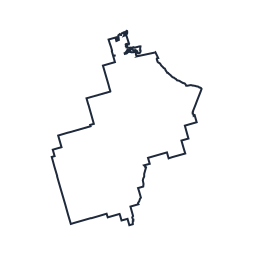 Benito Juárez, Sonora, Mexico (Natural Earth projection), rotated 164°
{"feature_id": "50627088B53965479624602", "entity_name": "Benito Juárez", "entity_type": "district", "adm_level": 2, "iso_a3": "MEX", "parent_name": "Mexico", "parent_adm1": "Sonora", "projection": "natural_earth1", "projection_center": [-109.898, 27.098], "detail": "fine", "context": "isolated", "style": "outline", "palette": "slate", "viewbox_px": 256, "rotation_deg": 164, "n_neighbors": 0, "source": "geoboundaries", "source_scale": "gbopen_adm2", "svg_char_len": 5271}
<svg xmlns="http://www.w3.org/2000/svg" viewBox="0 0 256 256"><g transform="rotate(164 128 128)"><path d="M153.5,34.2L149.9,34.2L149.1,37.2L148.5,37.2L148.2,38.1L148.4,38.1L148.6,40.8L148.2,41.3L147.7,41.8L147.4,42.0L147.3,51.8L139.0,51.8L139.2,52.7L138.7,53.5L137.8,54.1L137.4,54.5L136.0,56.6L134.8,57.5L134.8,64.3L134.9,67.5L129.5,67.5L129.2,68.2L128.5,69.9L128.2,73.6L127.4,75.0L126.9,75.7L126.3,76.3L125.9,76.7L125.7,77.3L125.1,79.4L122.7,83.3L121.6,85.0L122.1,85.4L121.8,85.9L122.1,86.2L122.9,87.7L117.0,87.6L117.0,93.8L103.7,93.8L97.3,93.8L97.3,87.6L96.0,87.7L93.6,87.8L80.0,87.7L80.1,93.8L80.1,97.8L80.1,101.2L72.8,101.2L72.8,104.6L72.7,114.6L60.4,114.6L60.4,122.1L60.8,122.2L61.1,122.1L61.5,121.9L61.4,122.7L61.4,123.2L61.5,123.6L61.7,123.8L61.9,124.0L61.7,124.5L61.1,125.6L61.3,125.7L61.1,126.0L56.4,132.1L55.0,134.0L54.8,134.3L53.5,136.0L48.0,143.2L46.5,145.3L46.6,145.7L46.7,146.1L47.2,146.6L47.3,146.8L47.6,147.0L47.8,147.0L48.1,147.1L48.4,147.4L48.7,148.0L49.1,148.4L49.3,148.5L49.8,148.8L50.0,148.8L50.6,149.2L51.1,149.4L52.0,150.1L52.3,150.2L53.4,150.7L53.9,151.0L54.3,151.0L54.7,151.3L55.3,151.7L56.1,152.0L58.5,152.2L59.1,152.3L59.4,152.3L59.7,152.5L60.4,152.6L60.5,153.4L60.8,154.3L61.0,154.8L61.3,155.3L61.8,155.6L62.7,156.0L62.8,156.3L63.3,156.7L63.5,156.8L64.1,157.5L65.0,158.4L65.4,159.0L66.3,159.6L66.7,159.8L67.1,160.0L67.7,160.3L67.9,160.9L68.2,161.3L68.5,162.0L69.0,162.4L69.8,163.4L70.0,163.8L71.0,164.4L71.4,164.9L71.7,165.5L72.2,166.3L72.4,166.9L72.7,167.3L73.0,167.7L73.3,168.1L73.5,168.5L73.9,169.0L74.1,169.3L74.2,169.8L74.5,170.1L75.0,170.2L75.0,170.3L76.0,173.2L76.0,174.1L76.1,174.5L76.2,174.8L76.4,175.2L77.0,175.6L77.3,176.1L77.8,177.2L78.3,178.0L78.7,178.7L79.0,179.5L79.1,180.2L79.4,180.9L79.7,181.5L79.8,181.5L80.3,182.2L80.7,182.4L81.0,182.9L81.3,183.4L81.4,183.7L81.2,184.3L81.4,185.2L81.4,185.6L81.3,186.6L81.1,186.9L80.7,187.0L80.1,186.9L79.7,186.9L80.8,193.2L81.0,193.1L99.2,194.4L99.0,194.5L99.1,194.8L99.3,195.0L99.5,194.9L99.8,195.2L100.0,195.3L100.1,195.6L100.1,196.1L100.1,196.7L100.0,197.2L99.5,198.2L99.1,198.6L99.0,198.9L99.3,199.0L99.6,199.1L100.0,199.0L100.4,199.1L100.6,199.4L101.3,199.6L101.6,199.3L101.8,199.3L102.0,199.4L102.6,199.6L102.8,199.6L103.0,199.6L103.4,199.9L103.5,199.9L103.8,199.8L104.0,199.9L104.1,200.0L104.4,200.2L105.0,200.5L105.7,200.9L106.1,200.9L106.6,200.9L106.8,200.9L107.0,201.0L107.4,201.1L107.5,201.0L107.8,200.5L108.5,200.1L109.0,200.0L109.3,200.1L109.6,200.1L109.7,200.3L109.8,200.3L109.8,200.2L110.1,200.2L110.4,200.1L110.6,200.1L110.6,200.8L110.4,200.8L110.0,201.0L109.8,201.1L109.7,201.2L108.6,201.8L108.4,202.0L108.2,201.8L108.0,202.0L107.8,202.1L107.6,202.2L107.5,202.5L107.4,202.9L107.3,203.1L107.0,203.3L104.5,202.1L104.2,203.3L102.7,202.8L101.7,201.6L100.7,200.8L99.7,201.0L99.6,200.7L99.1,200.6L98.8,200.3L98.5,200.1L98.3,199.8L98.1,199.4L97.9,198.6L97.9,197.9L98.0,197.6L98.0,197.4L97.4,196.9L97.1,196.8L96.8,196.8L96.6,196.8L95.9,197.2L95.7,197.1L95.0,197.8L94.8,198.3L94.6,198.6L94.6,198.9L94.7,199.1L94.8,199.3L94.7,199.3L94.6,199.6L94.6,199.9L94.4,201.1L93.5,203.0L93.9,203.2L94.5,203.2L94.8,203.3L96.6,203.3L98.0,203.4L98.3,203.3L98.7,203.3L99.2,203.5L100.0,203.8L100.3,204.0L100.4,203.6L103.8,204.7L105.0,204.7L106.8,205.6L106.4,206.0L106.3,206.3L106.5,206.4L106.9,206.4L107.1,206.5L107.3,206.5L107.5,206.7L107.6,206.9L107.5,207.0L107.3,207.1L107.0,207.4L106.3,207.5L106.2,207.6L106.3,207.7L106.5,207.7L106.7,207.8L106.7,208.0L106.9,208.1L106.9,208.3L107.1,208.5L107.2,208.4L107.3,208.4L107.3,208.8L107.2,209.0L106.9,209.1L106.7,209.0L106.5,208.8L106.3,208.9L106.3,209.2L106.2,209.2L106.3,208.9L106.4,208.7L106.5,208.6L106.3,208.3L106.2,208.2L105.5,208.5L105.4,208.4L105.3,208.5L104.9,208.4L104.6,208.5L104.6,208.4L104.3,208.2L104.2,208.2L104.1,208.3L103.8,208.2L103.7,208.0L103.6,207.9L103.4,207.8L103.5,207.9L103.7,208.4L103.8,209.4L103.9,211.9L104.0,215.6L104.1,216.5L104.1,217.1L104.1,217.5L104.3,217.9L104.5,218.2L105.1,218.1L105.3,218.0L105.3,217.9L106.4,217.8L106.2,218.0L106.0,218.3L105.9,218.9L105.7,219.2L105.4,219.1L104.9,219.1L104.6,219.4L104.4,219.4L103.9,219.3L103.1,218.8L102.9,218.9L102.5,219.7L102.3,220.7L102.1,221.3L102.2,221.6L102.6,221.8L102.8,221.6L102.8,221.3L102.9,221.2L103.6,221.1L103.9,221.1L104.0,221.1L104.0,220.7L104.4,220.6L104.7,220.6L104.8,220.4L105.1,220.4L105.2,220.1L105.3,220.0L105.7,219.9L105.9,220.1L106.0,220.4L106.0,220.7L105.8,220.8L105.7,220.9L105.7,221.1L105.9,221.1L106.1,221.1L106.8,220.8L107.3,220.6L107.8,220.6L108.0,220.7L108.5,220.3L109.0,219.9L109.2,219.7L109.2,219.4L109.5,219.5L110.2,220.0L110.3,220.4L111.8,219.7L112.5,215.2L114.3,215.2L114.3,214.9L115.2,214.8L115.2,216.4L114.0,215.9L114.0,218.4L122.3,218.4L122.2,214.2L122.0,210.8L122.0,206.7L122.4,206.4L122.4,201.5L119.9,201.3L122.4,201.1L122.4,194.9L134.9,194.9L134.8,174.8L134.9,171.5L134.8,168.3L135.0,168.2L135.1,167.9L159.7,168.0L159.7,161.5L159.6,161.3L159.7,141.4L163.5,141.4L163.5,140.0L184.6,140.0L187.3,140.1L197.2,140.0L197.2,127.9L206.3,127.9L206.3,121.2L209.3,121.2L209.3,117.9L209.4,110.9L209.3,101.3L209.5,101.0L209.5,87.7L209.4,71.6L209.5,60.9L209.4,51.5L206.2,51.6L197.1,51.6L188.6,51.6L188.2,51.4L181.6,51.4L172.2,51.5L172.1,47.7L159.8,47.7L159.7,46.5L159.7,40.9L153.5,40.8L153.5,34.2Z" fill="none" stroke="#1e293b" stroke-width="2"/></g></svg>